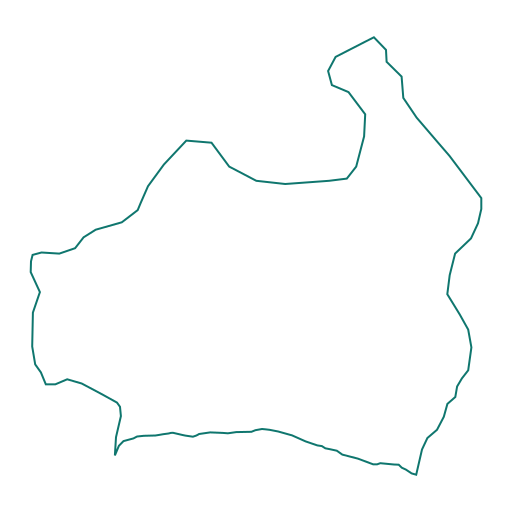 the district of Mayo-Kani, Extrême-Nord, Cameroon
{"feature_id": "32672807B89855431664933", "entity_name": "Mayo-Kani", "entity_type": "district", "adm_level": 2, "iso_a3": "CMR", "parent_name": "Cameroon", "parent_adm1": "Extrême-Nord", "projection": "natural_earth1", "projection_center": [14.491, 10.306], "detail": "fine", "context": "isolated", "style": "outline", "palette": "teal", "viewbox_px": 512, "rotation_deg": 0, "n_neighbors": 0, "source": "geoboundaries", "source_scale": "gbopen_adm2", "svg_char_len": 1551}
<svg xmlns="http://www.w3.org/2000/svg" viewBox="0 0 512 512"><path d="M35.2,364.4L40.9,372.4L45.8,384.3L55.4,384.3L67.2,379.3L81.7,383.5L103.3,395.0L117.0,402.6L120.0,406.8L120.9,416.1L116.0,437.2L114.9,455.1L114.9,455.4L118.9,445.8L123.5,441.1L133.5,438.4L136.1,437.0L137.1,436.5L143.9,435.8L155.4,435.5L158.6,435.0L163.2,434.2L168.5,433.5L170.9,432.9L173.0,432.8L182.5,435.0L185.4,435.6L192.9,436.7L195.9,435.7L197.4,435.0L199.1,434.0L210.2,432.4L222.6,432.9L227.9,433.3L236.2,432.1L251.4,431.8L255.4,430.2L262.0,429.0L265.2,429.3L269.5,429.8L278.2,431.5L290.7,435.0L291.9,435.3L305.6,441.4L317.3,445.4L321.9,446.1L325.3,448.3L329.9,449.2L336.8,450.7L342.3,454.6L357.8,458.6L373.1,464.3L377.2,464.3L380.3,463.2L384.5,463.6L393.9,464.5L398.7,464.7L401.8,467.7L405.9,469.6L411.6,473.4L416.2,474.7L422.0,449.5L427.4,438.0L437.0,429.8L443.8,416.8L447.4,403.9L455.3,397.0L457.1,386.5L461.9,378.4L468.2,370.3L471.4,347.4L468.2,329.6L459.7,314.4L447.3,294.2L449.7,275.1L455.1,253.6L471.0,238.4L478.0,223.3L481.3,209.0L481.3,203.6L481.3,198.1L449.5,155.9L438.2,142.8L416.6,117.6L403.3,97.9L401.6,76.6L386.6,61.8L386.0,49.9L373.9,37.3L365.0,41.8L335.6,56.9L328.1,71.0L331.9,85.1L348.5,92.1L365.2,114.3L364.1,136.4L356.2,166.6L346.8,178.6L329.1,180.8L285.2,184.0L256.3,180.8L229.2,166.6L211.5,142.7L186.3,140.6L163.9,164.5L148.0,186.2L140.7,202.9L137.7,210.1L121.8,222.3L95.7,229.7L83.6,237.3L75.1,248.2L59.3,253.6L41.5,252.5L32.6,254.9L31.0,261.3L30.7,272.1L39.9,292.1L32.9,312.6L32.2,346.5L35.2,364.4Z" fill="none" stroke="#0f766e" stroke-width="2"/></svg>